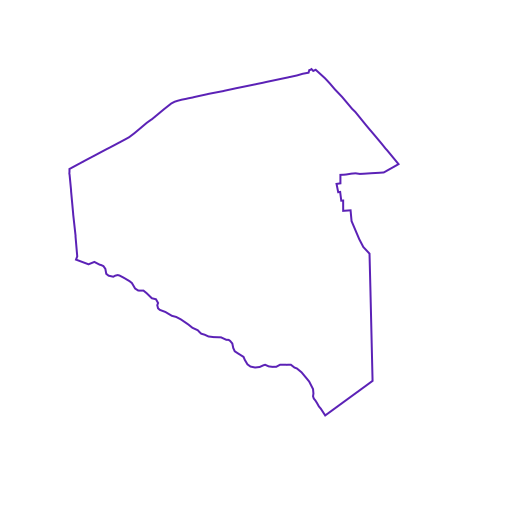 the district of Mixtla, Puebla, Mexico, rotated 337°
{"feature_id": "50627088B3391472602874", "entity_name": "Mixtla", "entity_type": "district", "adm_level": 2, "iso_a3": "MEX", "parent_name": "Mexico", "parent_adm1": "Puebla", "projection": "natural_earth1", "projection_center": [-97.892, 18.904], "detail": "fine", "context": "isolated", "style": "outline", "palette": "violet", "viewbox_px": 512, "rotation_deg": 337, "n_neighbors": 0, "source": "geoboundaries", "source_scale": "gbopen_adm2", "svg_char_len": 2430}
<svg xmlns="http://www.w3.org/2000/svg" viewBox="0 0 512 512"><g transform="rotate(337 256 256)"><path d="M423.1,227.1L420.9,219.7L418.0,209.9L417.2,207.7L415.7,202.3L413.4,194.7L410.5,185.3L410.3,184.8L408.3,178.2L403.7,162.2L402.4,159.1L402.0,158.2L397.8,144.5L397.4,143.2L393.7,133.4L391.5,126.4L390.1,122.4L388.9,119.2L383.7,107.9L381.0,108.0L380.1,105.6L378.9,105.9L377.7,105.7L376.0,107.8L370.2,106.5L364.2,105.8L357.3,104.5L356.6,104.3L355.7,104.2L348.7,102.8L340.0,101.1L339.5,101.0L333.4,99.8L329.9,99.2L326.5,98.5L323.6,97.9L322.8,97.8L321.5,97.5L318.0,96.8L310.1,95.2L307.2,94.6L306.7,94.5L303.3,93.8L299.0,93.0L295.4,92.3L291.2,91.5L290.7,91.5L287.6,90.8L279.3,89.0L275.1,88.1L274.8,88.1L271.6,87.5L266.9,86.6L262.0,85.7L260.9,85.5L260.0,85.4L259.4,85.3L257.6,84.9L255.3,84.4L252.9,84.0L248.8,83.1L244.6,82.5L241.4,82.2L237.6,82.5L229.1,84.8L213.4,89.5L212.5,89.6L207.6,90.7L193.9,94.9L191.9,95.5L185.5,97.1L181.5,97.5L175.9,98.0L175.5,98.1L174.6,98.1L169.1,98.6L161.6,99.2L161.1,99.2L155.2,99.7L136.6,101.3L118.3,103.0L117.3,105.4L116.3,107.4L116.2,108.2L111.4,123.4L111.2,123.8L104.2,145.7L104.0,146.2L97.8,166.9L97.5,167.5L91.3,186.5L88.9,189.0L98.6,198.2L104.9,198.3L108.7,202.9L110.0,203.9L111.6,205.7L111.9,207.1L112.3,209.0L111.2,213.9L112.6,216.5L116.5,219.3L118.7,219.1L121.2,219.5L122.7,220.6L125.5,224.0L129.8,229.8L131.2,232.4L132.0,238.7L134.1,241.8L138.9,243.9L140.8,247.5L143.6,254.2L147.0,256.7L147.5,261.0L145.9,262.7L145.4,265.9L146.4,268.0L150.7,272.1L155.2,278.2L158.7,280.9L162.0,284.9L167.0,292.7L169.4,297.2L173.4,301.6L174.2,303.8L175.2,306.1L178.0,308.4L180.8,311.5L185.3,314.1L192.0,317.2L195.9,321.5L198.0,322.5L199.0,324.0L200.0,327.3L199.1,331.8L199.2,335.4L201.2,338.4L205.1,344.0L205.1,347.2L205.8,352.4L207.7,355.6L211.6,358.3L216.0,359.6L220.1,359.5L221.9,359.7L224.6,362.6L227.7,364.4L231.3,365.9L235.6,365.5L238.1,366.5L241.7,368.1L245.6,369.7L247.8,373.7L249.7,375.5L252.5,380.9L255.9,392.3L256.5,400.8L255.1,405.1L253.7,407.4L253.5,409.8L254.2,412.2L254.7,415.2L255.1,419.0L256.0,421.9L257.4,429.8L314.5,416.5L347.3,333.9L361.4,298.2L358.3,289.7L357.6,280.8L357.6,261.2L360.9,250.9L353.9,248.5L357.9,239.0L356.1,238.4L358.5,229.9L356.6,229.4L358.3,221.1L362.1,222.1L365.4,214.3L368.9,215.6L370.8,216.2L376.1,217.5L380.0,218.8L383.6,221.0L387.4,222.4L394.9,225.0L401.5,227.4L406.2,229.0L406.5,229.0L422.6,227.2L423.1,227.1Z" fill="none" stroke="#5b21b6" stroke-width="2"/></g></svg>